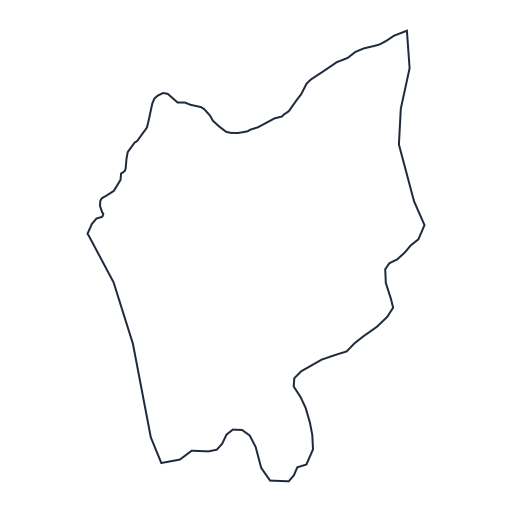 the district of Mayo-Sava, Extrême-Nord, Cameroon
{"feature_id": "32672807B4790524999002", "entity_name": "Mayo-Sava", "entity_type": "district", "adm_level": 2, "iso_a3": "CMR", "parent_name": "Cameroon", "parent_adm1": "Extrême-Nord", "projection": "robinson", "projection_center": [14.142, 11.061], "detail": "fine", "context": "isolated", "style": "outline", "palette": "slate", "viewbox_px": 512, "rotation_deg": 0, "n_neighbors": 0, "source": "geoboundaries", "source_scale": "gbopen_adm2", "svg_char_len": 1532}
<svg xmlns="http://www.w3.org/2000/svg" viewBox="0 0 512 512"><path d="M424.5,225.1L414.1,201.4L412.6,195.9L398.9,144.5L400.8,108.7L409.6,68.2L406.9,30.7L393.8,35.8L386.4,40.8L379.7,44.4L375.2,45.7L363.8,48.4L355.4,51.9L347.7,57.9L336.9,62.1L322.0,72.2L311.0,79.4L306.6,83.6L301.2,94.2L296.2,100.7L288.8,111.2L283.9,114.5L281.9,116.5L274.5,118.4L257.9,127.3L250.3,129.7L247.6,131.3L241.7,132.4L237.6,133.0L230.8,132.9L226.1,131.8L219.3,126.6L212.9,120.8L210.1,115.7L204.2,109.1L201.0,107.1L190.5,104.8L184.8,102.5L177.6,102.5L167.8,93.9L163.1,93.0L157.9,95.5L154.4,98.5L152.3,103.5L148.6,120.7L146.9,127.6L141.8,134.6L137.1,141.1L134.5,142.7L127.7,152.1L126.5,158.7L125.7,168.1L125.1,170.5L122.9,172.5L121.1,173.5L120.5,180.0L119.4,181.7L118.1,183.9L113.8,190.9L105.5,196.2L101.9,198.2L100.3,200.8L100.0,206.1L102.3,212.5L103.3,213.9L102.5,216.3L101.7,217.0L96.5,218.5L91.9,223.9L88.5,231.5L87.5,233.8L88.7,235.6L113.6,282.4L132.9,343.7L150.8,437.3L161.3,463.0L179.8,459.6L191.7,450.7L196.4,450.9L208.5,451.4L216.8,449.7L222.2,443.7L226.5,434.6L232.8,429.6L242.1,430.0L249.7,435.5L255.7,447.1L261.2,467.9L270.1,480.6L288.7,481.3L293.9,475.3L297.3,467.3L306.4,464.5L313.0,449.4L312.3,435.0L309.9,422.5L305.6,407.8L300.6,397.2L293.7,386.5L294.3,378.2L301.3,371.2L321.7,359.6L335.1,355.0L346.7,351.4L354.4,343.4L363.1,336.5L377.0,326.7L387.3,316.8L393.1,307.7L391.0,299.1L385.8,283.0L385.5,275.6L385.2,269.3L389.4,263.2L397.2,259.4L404.9,252.4L410.8,245.3L418.4,239.3L424.5,225.1Z" fill="none" stroke="#1e293b" stroke-width="2"/></svg>